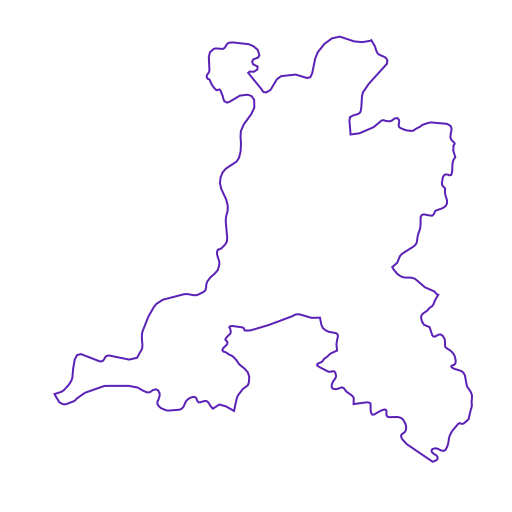 outline of Vilniaus, rotated 177°
{"feature_id": "LTU-1075", "entity_name": "Vilniaus", "entity_type": "County", "adm_level": 1, "iso_a3": "LTU", "parent_name": "Lithuania", "parent_adm1": "", "projection": "mercator", "projection_center": [25.254, 54.825], "detail": "fine", "context": "isolated", "style": "outline", "palette": "violet", "viewbox_px": 512, "rotation_deg": 177, "n_neighbors": 0, "source": "natural_earth", "source_scale": "10m", "svg_char_len": 5966}
<svg xmlns="http://www.w3.org/2000/svg" viewBox="0 0 512 512"><g transform="rotate(177 256 256)"><path d="M464.4,128.7L457.6,130.5L454.8,132.1L449.7,137.2L446.9,141.1L445.7,144.4L444.5,153.0L442.5,162.0L439.8,166.5L435.9,167.2L417.2,158.8L414.7,159.1L413.2,160.6L412.1,162.5L411.0,163.7L409.3,164.3L407.8,164.3L388.1,159.2L380.1,160.6L374.6,169.4L374.1,172.9L374.3,180.6L373.9,184.3L373.1,187.0L366.6,201.2L360.5,210.6L357.8,213.5L351.4,217.2L329.9,221.6L326.6,221.6L320.2,220.1L316.9,220.0L310.3,222.8L308.2,224.6L307.5,227.0L307.2,229.7L306.1,232.9L302.4,237.3L298.2,240.5L294.7,244.2L292.9,250.0L293.1,252.7L294.7,258.9L294.8,261.4L294.0,264.0L293.1,264.6L291.9,264.6L290.1,265.5L286.3,269.0L284.4,271.7L283.8,275.8L284.4,291.5L284.2,294.7L283.5,297.9L282.5,300.8L281.8,303.8L281.6,307.7L282.7,313.7L287.1,324.6L288.2,330.5L287.2,336.6L284.8,341.4L281.4,344.9L270.5,351.3L267.8,355.0L265.9,361.2L265.1,369.2L265.2,375.5L264.6,381.4L261.4,388.0L253.3,397.9L249.9,404.4L249.7,412.1L252.1,416.0L256.0,417.5L263.7,417.0L274.3,411.4L276.9,410.7L279.4,412.1L280.4,414.6L280.9,417.6L282.8,423.0L283.5,424.1L284.2,424.2L286.2,423.6L287.0,423.8L288.7,425.7L290.3,427.9L291.7,430.6L292.9,434.0L293.6,435.0L294.6,435.3L295.4,436.0L295.9,437.8L295.5,439.2L293.4,442.0L292.8,443.4L292.7,457.3L291.2,462.0L287.2,465.1L285.1,465.4L278.4,464.5L276.5,465.4L273.7,469.3L271.8,470.4L267.9,470.5L252.2,467.9L247.5,465.6L243.4,461.7L242.1,456.3L243.4,454.1L248.5,452.4L249.7,450.1L248.8,447.5L244.5,445.2L244.9,442.2L248.5,440.1L252.7,440.5L254.2,439.3L241.7,422.2L240.8,420.5L239.7,419.3L237.4,418.8L232.9,421.0L225.8,431.5L221.5,434.3L206.9,435.1L195.7,431.1L192.5,431.6L190.3,435.6L186.6,449.9L183.7,456.2L176.5,464.3L168.7,469.4L160.8,470.7L146.8,465.2L138.6,464.0L130.4,465.0L129.5,465.5L126.3,459.2L125.1,454.7L124.3,452.7L123.2,451.2L121.5,450.1L117.2,448.0L115.4,446.4L114.6,444.0L115.2,441.1L134.3,422.1L140.7,413.8L141.9,409.3L142.9,400.0L143.7,395.7L144.3,394.3L145.1,393.4L146.8,392.4L151.6,391.3L154.9,389.7L155.6,386.3L155.2,372.4L146.4,373.1L131.8,378.5L123.5,384.7L121.6,385.0L119.3,384.1L115.8,383.5L113.6,383.9L110.8,385.8L109.3,386.3L107.4,386.2L106.2,384.6L105.9,382.8L106.4,380.8L106.7,379.0L106.2,377.2L105.0,376.2L99.9,373.8L95.0,372.8L92.5,372.9L89.4,374.8L85.2,376.6L83.0,378.2L77.0,379.9L74.1,380.2L58.4,378.0L54.9,375.8L54.2,373.7L54.2,371.3L55.0,368.7L55.7,364.1L54.9,361.9L51.9,358.5L51.7,357.8L52.2,356.8L53.1,355.9L53.2,353.0L53.6,351.2L51.8,344.2L53.7,341.8L55.0,338.0L55.5,331.5L56.1,328.6L56.9,326.7L58.6,326.4L60.0,327.2L61.6,327.5L63.3,327.3L64.6,326.0L65.5,324.2L66.0,321.3L66.5,319.5L66.4,317.8L66.2,316.6L63.6,313.6L64.0,310.0L63.9,308.4L63.5,306.1L62.8,303.6L62.3,301.2L62.6,298.3L64.1,295.9L67.1,294.0L74.4,291.8L76.6,288.1L77.7,287.1L79.7,287.2L86.2,288.8L88.2,288.3L89.4,286.8L89.8,283.3L89.9,280.2L90.2,277.3L90.8,274.5L93.3,268.2L94.5,262.4L95.0,260.5L96.2,258.9L98.2,257.2L109.9,250.7L112.3,248.3L115.3,241.9L120.5,237.8L119.6,235.8L115.7,230.6L112.5,228.1L109.3,226.8L101.7,226.2L98.4,224.9L88.9,215.9L79.8,211.3L77.5,208.4L76.0,207.7L79.4,202.7L80.5,200.2L81.5,198.2L82.1,197.4L83.0,196.5L85.2,195.2L86.2,194.3L87.1,193.1L88.1,192.3L91.2,190.5L92.8,189.3L93.8,188.1L94.3,186.6L94.3,185.1L93.6,181.8L91.8,178.5L86.4,175.9L84.1,167.7L83.2,166.4L81.6,166.1L78.0,167.9L75.9,168.0L73.8,166.7L71.9,163.1L71.7,159.3L72.0,156.9L71.6,155.1L70.0,153.6L67.1,151.6L65.6,150.1L63.8,147.9L62.6,145.0L62.0,140.6L62.6,138.2L63.8,136.9L65.6,136.5L66.7,135.8L66.5,134.7L64.2,133.1L57.2,130.5L55.1,128.7L53.6,125.9L52.2,115.0L48.8,109.3L47.6,105.7L47.9,101.8L48.4,99.0L48.2,95.8L48.9,92.9L49.6,91.1L52.3,81.8L57.3,77.9L58.6,77.6L60.0,77.7L61.4,78.5L63.0,77.7L69.4,70.8L71.5,67.4L72.7,64.4L73.8,59.0L74.9,55.9L76.9,52.4L78.8,51.6L80.8,51.9L84.9,54.1L87.0,54.6L89.9,54.0L90.9,52.7L90.7,51.1L89.5,49.7L86.2,47.3L85.3,45.8L85.2,44.2L86.1,43.0L87.0,42.4L90.4,41.3L115.0,60.0L119.3,65.0L120.5,67.7L120.4,69.5L119.5,70.5L116.9,72.1L115.9,73.5L115.2,75.2L115.0,77.3L115.2,79.1L115.8,81.1L117.8,85.1L119.9,86.8L122.8,87.8L131.4,88.1L133.2,88.7L134.1,90.5L134.0,92.5L133.8,94.5L134.4,95.6L136.0,96.0L139.4,95.0L146.5,91.5L147.8,91.4L148.6,92.0L149.4,94.1L149.6,96.7L149.4,101.3L149.4,102.9L151.1,103.8L152.8,104.1L166.3,103.0L165.8,109.2L166.6,110.6L168.3,112.3L173.1,116.1L175.3,119.5L177.1,120.3L178.8,120.0L180.9,119.2L183.3,118.8L186.1,119.4L187.2,120.8L187.3,122.5L186.7,124.5L185.8,126.4L183.1,129.8L182.3,131.8L182.9,135.5L184.1,136.8L185.9,136.9L187.6,136.5L189.7,136.6L198.3,141.7L200.7,143.5L200.4,144.9L199.0,145.7L196.9,146.3L195.2,147.3L193.3,149.8L190.2,151.7L187.6,154.0L186.0,155.0L180.0,157.3L180.3,163.6L179.3,168.4L178.3,171.9L178.7,173.6L180.0,174.7L187.2,176.5L189.8,177.8L192.8,180.2L193.8,182.5L194.3,184.0L195.4,191.1L203.8,191.3L215.0,195.3L217.9,195.7L220.6,195.2L222.8,194.0L247.0,186.4L265.4,182.0L270.9,182.1L271.6,183.3L272.0,184.6L273.6,185.5L283.1,187.3L285.5,187.2L286.4,186.3L285.6,184.7L285.2,182.4L285.5,180.0L289.1,176.8L290.5,175.3L291.0,174.0L290.4,173.2L289.3,172.2L289.0,170.8L289.7,169.0L293.8,165.5L294.5,163.5L293.5,162.2L291.6,161.6L290.0,160.6L288.6,159.3L285.3,157.6L283.5,156.0L280.6,152.4L279.6,150.6L278.5,148.8L273.1,143.9L270.4,140.4L269.7,138.3L269.1,135.6L269.6,130.9L270.2,128.8L271.2,127.1L276.2,123.8L281.5,117.5L282.6,115.0L286.1,102.4L293.8,107.4L300.4,109.6L307.1,105.8L309.2,108.5L311.1,112.0L312.6,113.5L314.6,114.0L319.8,112.7L321.0,112.9L322.3,114.5L323.0,117.0L323.9,118.1L325.9,118.6L329.0,117.9L331.3,116.6L333.0,115.2L334.0,113.8L335.8,110.2L336.5,109.0L337.7,107.8L338.8,107.1L340.5,106.5L351.6,106.2L354.0,106.7L358.8,109.0L361.0,111.2L362.2,113.4L362.1,115.6L360.9,117.8L359.7,120.8L359.4,123.8L360.7,126.8L362.9,128.1L366.0,127.5L367.8,126.3L369.4,125.5L371.5,125.4L375.0,126.9L381.2,130.9L390.1,133.0L414.1,134.2L433.9,128.4L442.7,122.9L443.9,121.5L445.5,120.5L453.6,117.9L456.2,118.0L458.6,119.3L460.2,120.5L463.9,127.4L464.4,128.7Z" fill="none" stroke="#5b21b6" stroke-width="2"/></g></svg>